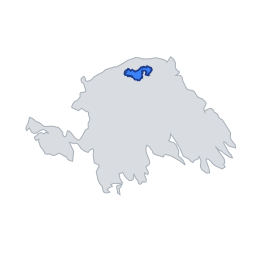 Baltinglass Lea-6, Wicklow, Ireland (highlighted), rotated 254°
{"feature_id": "5873133B22148829487271", "entity_name": "Baltinglass Lea-6", "entity_type": "district", "adm_level": 2, "iso_a3": "IRL", "parent_name": "Ireland", "parent_adm1": "Wicklow", "projection": "mercator", "projection_center": [-6.547, 52.958], "detail": "fine", "context": "in_parent", "style": "filled", "palette": "blue", "viewbox_px": 256, "rotation_deg": 254, "n_neighbors": 0, "source": "geoboundaries", "source_scale": "gbopen_adm2", "svg_char_len": 7945}
<svg xmlns="http://www.w3.org/2000/svg" viewBox="0 0 256 256"><g transform="rotate(254 128 128)"><path d="M157.8,44.1L153.0,47.5L152.3,48.8L151.0,53.9L150.8,55.4L147.8,61.1L146.1,62.2L143.6,63.1L142.2,64.1L140.4,63.6L138.1,63.7L137.0,64.7L137.0,65.5L137.7,66.4L141.9,69.0L141.7,70.1L140.5,71.3L132.9,74.4L130.7,76.2L129.9,77.4L130.7,79.4L136.7,85.5L137.8,86.2L138.6,89.7L144.0,91.2L146.1,93.4L148.0,93.9L152.1,93.7L153.7,94.5L154.6,93.9L155.1,92.7L159.7,88.5L158.3,85.2L162.9,79.7L164.1,79.8L166.3,81.5L168.1,83.8L168.6,87.0L170.3,89.7L171.4,90.7L174.3,91.3L175.0,92.4L174.5,96.4L174.9,97.7L182.4,97.6L185.3,95.9L187.9,96.2L189.2,98.0L189.7,99.9L187.5,100.6L185.2,100.2L184.1,101.4L184.0,103.8L184.8,106.8L186.3,108.9L187.6,113.7L188.6,119.1L190.2,122.3L190.5,126.3L190.3,128.2L190.6,131.7L189.9,132.9L190.4,136.2L193.1,146.8L193.6,155.0L192.3,158.1L190.5,161.0L189.4,164.4L188.5,168.1L187.9,174.1L184.1,181.0L182.4,182.8L180.5,183.8L184.7,188.7L181.3,190.9L177.6,191.5L173.5,190.3L170.9,190.5L167.7,193.0L166.9,192.5L165.4,188.6L164.3,192.7L161.9,194.0L157.9,193.7L151.1,194.8L148.5,195.9L147.4,197.8L146.6,199.9L145.6,201.1L144.4,201.8L139.2,203.3L138.1,203.9L135.7,207.3L132.5,209.3L129.9,209.9L127.6,207.9L126.6,206.7L125.5,206.1L122.0,206.2L123.1,206.8L123.8,208.2L124.2,210.9L123.8,213.5L122.0,214.8L119.9,215.1L116.6,217.8L112.2,218.5L109.8,221.0L95.3,225.2L94.4,225.2L92.4,224.2L90.3,223.7L88.1,224.0L82.0,226.4L79.1,225.9L82.8,220.1L87.9,217.1L88.4,216.3L86.7,215.9L77.1,218.0L73.8,219.7L70.5,220.2L72.0,217.6L76.3,213.9L80.0,211.5L81.6,209.4L86.2,206.9L71.6,211.9L67.7,211.3L66.8,209.9L63.8,210.6L62.7,207.2L67.1,202.0L69.7,199.8L72.8,198.6L75.7,196.9L76.8,194.8L75.4,194.1L66.6,194.6L62.4,194.2L62.6,192.5L63.4,190.6L67.7,187.5L70.1,187.0L72.2,187.3L76.0,189.1L81.0,188.5L78.9,186.5L78.5,182.4L76.9,181.0L79.0,179.0L81.3,177.9L85.2,173.9L86.5,173.3L94.2,172.3L102.5,170.2L110.7,167.3L106.5,165.7L104.5,163.5L101.2,167.9L98.9,169.5L92.3,170.4L90.2,169.9L87.3,168.6L86.4,169.1L85.5,170.1L81.2,172.2L76.6,172.8L81.9,168.9L88.7,162.3L90.2,160.2L92.3,156.5L91.7,154.9L90.3,154.0L95.2,146.5L96.9,145.1L100.0,144.9L102.4,143.7L103.4,143.7L104.3,143.2L106.3,141.0L103.2,139.5L100.0,138.8L90.0,139.6L88.7,139.4L87.5,138.7L86.7,137.7L86.1,135.1L85.4,134.6L83.1,134.6L80.9,135.3L79.4,135.3L77.8,134.1L80.3,131.5L77.1,130.9L74.0,131.4L71.4,130.6L71.3,128.9L72.5,127.3L70.9,125.7L70.6,123.7L72.2,122.8L74.1,123.1L77.8,121.6L82.5,120.9L78.4,119.5L76.8,118.2L76.7,116.3L77.1,114.7L81.8,111.9L86.8,110.7L86.4,108.9L86.8,106.9L81.7,106.3L76.7,107.7L77.2,103.9L78.4,100.5L78.7,98.3L78.4,95.9L76.1,96.9L75.8,93.5L74.8,91.1L71.3,92.8L71.4,89.7L72.4,87.5L74.2,86.6L76.0,87.0L79.4,86.9L82.6,85.3L87.3,84.9L94.7,85.4L99.8,90.0L101.1,89.2L103.2,86.3L104.1,86.0L111.8,87.2L116.6,88.9L117.9,88.4L117.2,85.1L115.5,82.9L117.6,80.0L120.1,78.0L121.8,77.0L125.7,75.8L127.4,74.6L128.5,70.8L130.3,67.7L120.5,69.3L111.3,65.6L112.8,62.9L114.7,61.4L118.1,60.3L118.4,58.9L120.1,57.7L122.9,54.7L121.9,50.8L122.4,47.9L124.5,46.0L125.1,43.2L126.0,41.2L130.1,40.5L134.1,38.7L140.2,38.4L141.8,39.2L141.4,35.9L144.3,35.4L145.4,36.1L145.9,38.4L147.2,39.9L147.6,42.5L146.8,44.5L145.3,46.0L146.6,47.6L144.6,50.4L146.8,49.2L150.0,46.5L149.8,44.2L149.3,41.3L148.4,38.7L148.8,35.9L150.6,34.1L155.3,33.2L153.4,29.9L155.1,29.6L157.0,30.3L159.7,32.9L165.5,36.4L162.7,39.5L159.2,41.7L157.8,44.1ZM75.7,105.2L75.5,106.7L73.3,104.8L72.2,102.8L66.1,101.9L68.6,99.9L69.9,100.5L74.2,100.6L75.4,101.4L75.7,105.2Z" fill="#d9dde1" stroke="#a8b0b8" stroke-width="1"/><path d="M184.2,143.8L183.9,143.5L183.7,143.5L183.5,143.4L183.8,143.1L183.8,142.9L184.2,142.3L183.8,142.1L183.6,142.0L183.2,141.7L183.3,140.8L183.4,140.6L183.2,140.5L182.6,140.7L182.3,140.9L182.4,140.6L182.2,140.4L182.1,140.5L182.1,140.4L181.9,139.9L181.8,139.7L181.7,139.8L181.5,139.7L180.8,139.8L180.7,139.8L180.7,140.0L180.3,139.8L180.2,139.6L180.0,139.8L179.8,140.0L179.6,140.3L179.5,140.2L179.4,140.4L179.2,140.6L179.2,140.8L179.3,141.0L178.9,141.9L178.8,142.0L178.5,141.8L178.3,141.8L178.2,141.9L177.7,142.0L177.6,142.4L177.8,142.6L177.7,142.6L178.1,142.8L178.2,143.0L177.8,143.3L177.9,143.5L177.7,143.5L177.1,143.9L177.2,144.0L177.2,144.3L177.2,144.5L177.5,144.7L177.4,144.9L177.2,144.8L177.3,145.2L177.0,145.1L177.0,145.3L176.9,145.4L176.7,145.4L176.6,145.5L176.4,145.7L176.5,145.9L176.3,145.9L176.3,146.1L176.1,146.1L175.8,146.2L175.7,146.1L175.5,146.7L174.8,146.8L174.7,146.9L174.4,147.2L174.0,147.3L173.9,147.5L173.6,147.7L173.4,147.7L173.2,147.6L172.9,147.8L172.7,148.0L172.4,148.1L172.5,148.4L172.5,148.6L172.5,149.0L172.3,149.2L172.3,149.3L172.2,149.4L171.9,149.8L171.7,150.1L171.4,150.1L171.1,150.3L171.2,150.5L171.4,150.9L171.2,151.1L170.8,151.4L170.6,151.7L170.7,151.9L170.6,152.0L170.8,152.5L171.0,152.4L171.3,153.0L171.6,153.4L171.8,153.7L172.1,153.9L172.3,154.3L172.3,154.5L172.2,154.6L172.4,154.7L172.4,154.9L172.5,154.9L172.5,155.0L172.4,155.3L172.3,155.6L172.6,155.6L172.8,155.6L173.0,155.4L173.4,155.8L173.6,155.9L173.6,156.1L173.8,156.1L174.0,156.0L174.2,155.8L174.4,155.9L174.7,155.9L174.8,156.0L175.0,156.5L175.0,156.4L175.1,156.2L175.4,156.2L176.1,156.5L176.1,156.3L176.4,156.4L176.7,156.5L176.8,156.6L176.7,156.8L176.8,157.1L176.8,157.4L177.5,157.3L177.9,157.6L178.0,157.5L178.2,157.4L178.1,157.2L178.3,157.0L178.3,156.9L178.5,156.9L178.7,157.0L178.8,157.1L179.2,157.3L179.3,157.5L179.2,157.6L179.1,157.8L179.1,158.0L178.9,158.0L178.7,158.0L178.7,158.4L178.7,158.8L178.7,159.1L178.7,159.5L178.6,159.8L178.6,160.0L178.7,160.3L178.8,160.3L178.6,160.4L178.4,160.2L178.2,160.3L177.9,160.4L177.5,160.6L177.6,160.8L177.4,160.9L177.2,161.2L176.9,161.0L176.5,161.0L176.4,161.0L176.2,160.8L176.0,161.0L175.6,160.4L175.7,160.2L175.3,159.9L175.0,159.9L174.9,159.8L174.8,159.7L174.5,159.5L174.3,159.7L174.2,159.8L174.3,160.1L174.4,160.3L174.2,160.5L173.9,160.6L173.5,160.7L173.3,161.1L173.5,161.2L173.4,161.3L173.5,161.3L173.5,161.5L173.4,161.6L173.3,161.8L173.3,162.0L173.2,162.2L173.1,162.3L173.1,162.5L173.2,162.4L173.4,162.5L173.5,162.7L173.9,162.4L174.0,162.3L174.2,162.5L174.4,162.7L174.4,162.8L174.7,162.9L174.8,163.0L174.8,163.3L175.0,163.6L175.0,163.8L174.8,163.9L174.8,164.0L175.4,164.7L175.5,164.8L175.6,165.2L175.7,165.4L175.9,165.6L175.8,165.9L176.0,165.7L175.9,165.6L176.0,165.6L176.2,165.8L176.4,165.8L176.5,166.2L176.8,166.3L177.2,166.1L177.3,166.2L177.3,166.6L177.4,166.8L177.3,167.0L177.7,167.0L178.3,167.1L178.6,167.1L178.8,167.0L179.3,166.8L179.3,166.7L179.5,166.8L179.8,166.4L179.8,166.2L180.1,166.1L180.3,165.8L180.3,165.7L180.2,165.6L180.4,165.5L180.5,165.4L180.6,165.2L180.8,165.1L181.0,165.0L181.3,164.7L181.2,164.6L181.3,164.5L181.4,164.3L181.4,164.2L181.5,163.6L181.9,163.5L181.9,163.4L181.9,163.2L182.0,163.2L181.9,163.1L182.0,162.9L181.9,162.7L182.0,162.5L181.6,162.4L181.5,162.5L181.4,162.5L181.3,162.3L181.1,162.2L181.3,161.9L181.4,161.6L181.5,161.2L181.6,160.9L181.9,160.7L182.1,160.7L182.3,160.5L182.7,160.3L182.7,160.2L182.3,159.9L182.4,159.6L182.7,159.5L182.6,159.3L182.7,158.8L182.7,158.7L182.3,158.6L181.7,158.4L181.8,158.2L182.2,157.8L182.3,157.7L182.6,157.7L182.8,157.5L182.6,157.4L182.6,157.1L182.4,156.8L182.4,156.7L182.3,156.2L182.0,156.0L181.9,155.8L181.8,155.7L181.6,155.7L181.6,155.8L181.4,155.8L181.3,155.7L181.5,155.4L181.4,155.3L181.4,155.2L181.2,154.8L181.3,154.7L181.2,154.6L181.1,154.4L180.9,154.1L180.6,153.9L180.6,153.7L180.6,153.3L180.8,152.9L180.6,152.8L180.4,152.6L180.4,152.4L180.5,152.2L180.5,151.8L180.4,151.6L180.3,151.4L180.3,151.2L180.1,151.0L180.0,150.8L180.0,150.5L180.2,150.3L180.5,150.1L180.7,150.4L180.9,150.4L181.1,150.0L181.5,149.8L181.4,149.8L181.5,149.7L181.4,149.2L181.5,149.1L181.7,148.9L182.0,148.8L182.1,148.6L182.3,148.4L182.5,148.3L182.9,148.3L182.9,148.1L182.9,147.7L182.5,147.2L182.2,146.2L182.9,146.3L183.0,146.2L183.2,145.8L183.4,145.6L183.7,145.5L184.0,145.1L184.4,145.1L184.6,145.0L184.7,144.9L184.8,144.7L185.0,144.4L184.8,144.1L184.5,144.0L184.4,143.8L184.2,143.8Z" fill="#3b82f6" stroke="#1e3a8a" stroke-width="1.5"/></g></svg>